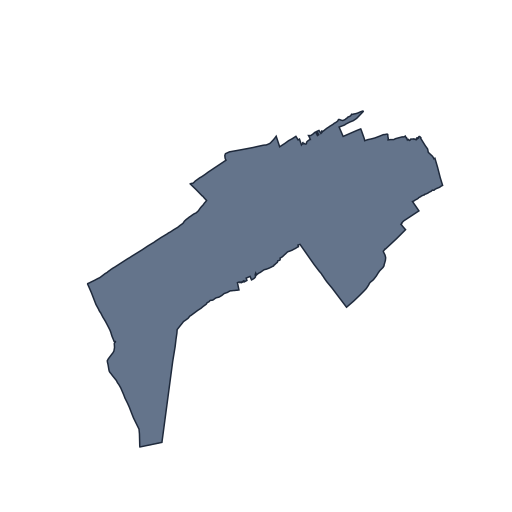 Grecesti, Dolj, Romania, rotated 146°
{"feature_id": "2599482B64081840241941", "entity_name": "Grecesti", "entity_type": "district", "adm_level": 2, "iso_a3": "ROU", "parent_name": "Romania", "parent_adm1": "Dolj", "projection": "orthographic", "projection_center": [23.262, 44.454], "detail": "fine", "context": "isolated", "style": "filled", "palette": "slate", "viewbox_px": 512, "rotation_deg": 146, "n_neighbors": 0, "source": "geoboundaries", "source_scale": "gbopen_adm2", "svg_char_len": 6011}
<svg xmlns="http://www.w3.org/2000/svg" viewBox="0 0 512 512"><g transform="rotate(146 256 256)"><path d="M264.6,352.1L264.8,352.0L266.9,351.6L268.0,351.7L269.1,352.4L270.2,352.5L268.5,344.4L267.0,335.9L266.7,335.5L266.4,332.5L265.9,329.7L267.5,329.1L268.9,328.8L271.6,327.8L272.3,327.7L274.8,327.1L276.4,326.5L277.2,326.2L277.9,325.9L279.3,325.5L279.9,325.4L280.6,325.4L281.5,325.2L283.8,325.6L286.2,325.6L288.6,325.5L289.3,325.6L290.3,325.5L291.5,325.4L293.5,325.3L295.9,324.9L298.3,323.9L302.1,323.8L305.2,323.5L305.9,323.6L309.5,323.8L313.5,323.8L315.7,324.1L317.1,324.0L324.1,324.4L331.3,324.5L332.1,324.4L333.4,324.4L334.4,324.5L340.2,324.8L347.0,324.8L359.2,325.3L361.9,325.3L362.5,325.4L364.0,325.5L379.3,325.8L382.0,326.0L382.4,325.9L383.2,326.0L385.9,325.8L386.7,325.9L387.3,325.8L388.8,325.6L390.7,325.8L397.5,325.4L400.1,325.8L403.3,326.1L408.1,326.8L408.9,326.8L410.4,327.2L411.0,327.2L411.3,326.9L411.8,324.0L413.0,317.5L415.8,305.3L416.3,299.8L416.5,299.0L416.7,296.8L416.5,296.3L417.2,290.5L417.2,289.4L417.4,285.7L418.1,279.5L418.5,276.4L419.0,274.1L419.7,271.9L420.3,269.8L421.0,266.3L421.4,264.8L421.4,264.6L421.3,264.4L420.4,263.8L420.4,263.6L420.5,263.4L422.0,263.0L422.6,262.5L423.4,261.0L424.5,259.2L426.9,256.7L428.6,255.8L429.9,255.4L435.8,253.4L437.9,252.3L438.5,251.1L439.4,248.7L441.6,243.9L442.1,242.5L442.2,241.2L442.0,239.5L441.9,237.1L441.4,231.2L441.4,230.5L441.7,228.4L441.6,226.2L441.9,222.3L443.3,214.8L444.1,211.5L444.8,206.0L445.6,201.4L447.0,195.3L448.1,190.3L449.8,177.9L452.1,173.7L458.8,163.2L459.0,162.6L438.2,154.1L383.9,215.3L373.8,226.0L368.8,231.8L364.7,236.3L362.5,239.1L352.7,242.2L351.3,242.2L347.3,242.3L346.5,242.5L344.5,243.2L343.1,243.1L334.6,243.5L330.8,243.4L328.5,243.7L324.2,243.9L322.6,244.6L320.8,244.4L320.3,244.4L319.0,244.8L318.6,244.7L317.2,243.9L316.3,243.6L315.1,243.6L313.8,243.7L312.3,243.6L309.7,242.6L306.4,242.4L303.4,242.7L299.7,241.7L298.5,241.8L297.7,241.5L297.0,241.6L296.7,241.5L295.5,240.7L294.2,240.1L293.6,239.7L292.7,239.2L291.8,238.8L290.8,238.2L289.1,237.4L286.3,244.3L285.0,244.0L283.9,243.4L284.1,242.8L282.5,242.5L282.7,242.0L281.0,241.8L280.9,242.3L280.4,242.4L280.4,242.0L279.9,242.0L280.2,241.1L277.2,240.8L276.5,243.2L272.3,242.4L273.1,238.7L271.2,238.5L270.0,238.5L269.0,238.7L268.4,238.9L268.0,239.1L267.8,239.4L267.2,240.8L266.8,241.2L265.8,242.0L266.1,240.0L264.8,240.2L262.7,240.2L261.7,240.0L257.7,240.1L256.7,240.0L254.8,239.3L253.2,238.9L251.8,238.6L249.1,238.2L248.5,238.2L247.1,237.9L246.1,238.3L245.7,238.5L245.4,238.3L244.0,238.6L241.8,238.8L240.7,239.8L238.9,239.3L238.3,239.3L238.0,239.5L237.6,240.0L237.3,240.8L234.8,240.6L232.7,240.9L231.3,241.2L230.6,241.2L228.1,241.7L227.1,241.7L225.4,241.2L222.7,240.6L221.0,240.5L219.0,240.2L216.9,240.2L215.6,240.0L215.1,241.6L213.0,241.0L212.6,216.6L212.1,208.0L211.7,204.9L211.8,202.8L211.7,201.4L211.8,199.3L211.7,195.0L210.9,187.1L209.6,162.9L200.3,164.0L192.1,165.4L186.5,166.5L182.9,167.3L179.7,168.6L178.2,169.3L177.7,169.7L177.0,170.0L175.9,170.3L172.4,170.6L170.9,171.0L167.3,172.2L164.5,173.5L161.6,174.6L157.0,175.5L156.1,176.0L155.4,176.2L154.8,177.0L154.1,177.6L153.3,178.2L151.2,180.0L149.5,182.0L149.2,182.7L148.5,184.7L148.0,188.4L147.8,188.7L147.6,188.9L145.5,189.4L145.1,189.7L144.7,189.4L143.6,189.6L130.2,191.7L117.3,194.2L117.7,197.5L118.1,201.2L117.0,201.3L116.9,201.8L115.9,202.1L113.9,202.5L95.7,202.3L95.7,205.0L95.8,213.6L94.1,213.3L92.5,213.4L91.2,213.2L90.1,213.1L89.0,213.2L88.4,213.4L86.2,213.1L85.3,213.3L83.7,212.9L83.0,212.9L82.4,212.5L81.6,212.8L80.5,212.4L78.2,212.0L77.5,212.1L76.2,212.0L74.8,211.7L73.0,212.0L72.7,211.8L72.1,211.3L71.7,211.0L70.4,211.2L68.5,211.0L66.8,210.6L65.3,210.3L63.6,210.4L61.8,210.2L59.5,217.8L55.9,227.9L53.0,237.0L54.2,237.2L54.0,237.9L53.9,239.9L55.2,245.6L53.9,248.7L53.9,250.1L54.0,252.8L53.7,260.5L53.6,261.7L53.2,261.8L53.3,262.8L53.5,263.5L53.8,263.8L54.1,263.9L54.9,263.6L55.4,263.0L55.7,262.9L56.0,263.0L56.1,263.7L56.2,263.8L56.7,264.0L57.0,263.8L57.0,263.1L57.2,262.9L57.9,262.7L58.3,262.8L58.5,263.1L58.7,263.9L59.0,264.2L59.5,264.2L59.7,264.3L59.7,264.8L59.9,265.0L60.1,265.1L60.8,265.4L61.8,266.0L62.1,266.3L62.4,266.4L62.8,266.3L63.3,265.9L64.2,266.0L64.5,266.7L64.6,267.7L64.9,267.9L65.6,267.7L65.1,269.7L65.4,269.8L65.2,272.0L66.2,271.9L67.0,272.2L67.8,272.6L68.1,273.0L68.7,273.2L75.1,275.4L75.9,275.3L76.9,275.6L79.4,277.3L81.6,278.4L80.6,279.5L80.0,281.0L78.8,283.1L78.9,283.4L79.2,283.8L81.4,284.7L82.5,285.4L86.4,286.2L91.5,287.4L95.2,288.7L98.1,289.9L99.5,290.3L101.4,290.8L100.6,292.8L98.4,301.3L98.1,302.8L102.2,303.7L116.9,306.4L115.0,316.4L109.4,315.1L107.4,315.1L103.4,314.6L99.7,313.8L96.2,313.8L95.1,313.9L86.3,315.8L86.2,316.1L86.3,316.4L86.8,316.6L88.7,317.1L91.1,317.5L93.0,318.0L94.4,318.5L95.0,318.8L95.3,319.0L96.2,319.2L96.7,319.4L97.4,320.1L97.8,320.0L98.3,319.6L99.3,319.3L101.0,319.5L102.0,319.8L103.1,319.5L104.6,319.5L105.6,319.3L106.4,319.4L108.0,319.7L108.6,320.0L108.8,320.3L109.4,320.9L110.5,322.5L111.0,322.9L111.3,323.0L112.8,322.2L114.1,322.1L115.7,322.1L116.7,322.3L118.5,322.1L120.2,322.2L121.3,322.2L122.1,322.3L124.1,322.2L125.2,322.3L127.3,322.2L130.3,321.9L131.0,322.1L131.6,322.9L131.9,322.8L132.1,321.6L133.7,321.3L133.6,324.9L135.9,325.3L136.2,321.5L137.7,321.5L137.3,324.6L137.0,325.4L138.0,325.6L139.1,325.5L139.9,325.3L143.2,325.2L145.1,326.5L145.2,325.3L145.8,322.2L146.4,322.5L149.0,322.4L150.0,322.2L150.6,321.9L151.0,321.2L151.6,320.9L152.1,320.9L152.7,321.4L153.0,322.2L153.5,322.3L153.8,322.8L153.7,323.8L153.8,323.8L153.9,323.6L154.0,322.9L154.1,322.7L154.4,322.7L154.7,322.9L155.3,323.1L156.2,322.7L154.6,328.6L156.2,328.7L156.0,332.7L156.0,332.9L160.5,333.0L164.6,333.4L168.8,333.2L175.3,333.3L172.3,344.0L174.5,343.2L176.6,342.6L181.0,341.6L182.3,341.7L184.9,342.2L185.6,342.4L186.9,343.2L188.1,343.8L194.1,346.2L197.8,347.6L208.7,352.3L219.8,357.2L224.1,357.9L225.6,356.8L226.6,355.0L227.1,353.8L227.3,352.2L248.7,352.3L252.7,352.1L256.8,352.1L258.8,352.3L264.6,352.1Z" fill="#64748b" stroke="#1e293b" stroke-width="1.5"/></g></svg>